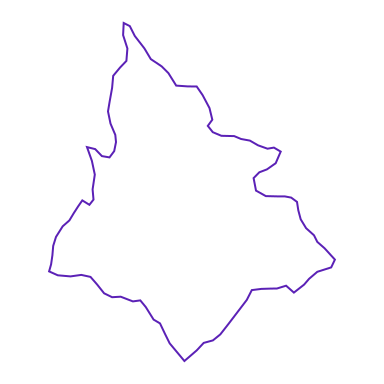 the district of Elisiário, São Paulo, Brazil
{"feature_id": "56859067B94900392245754", "entity_name": "Elisiário", "entity_type": "district", "adm_level": 2, "iso_a3": "BRA", "parent_name": "Brazil", "parent_adm1": "São Paulo", "projection": "robinson", "projection_center": [-49.092, -21.153], "detail": "fine", "context": "isolated", "style": "outline", "palette": "violet", "viewbox_px": 384, "rotation_deg": 0, "n_neighbors": 0, "source": "geoboundaries", "source_scale": "gbopen_adm2", "svg_char_len": 1348}
<svg xmlns="http://www.w3.org/2000/svg" viewBox="0 0 384 384"><path d="M280.7,151.6L273.9,147.6L267.5,148.7L258.0,145.3L249.9,140.6L241.1,139.0L234.2,136.1L221.4,135.8L212.8,132.2L207.8,125.9L212.3,119.7L209.5,108.1L202.6,95.1L196.7,86.5L187.7,86.4L176.2,85.6L168.4,73.1L161.7,66.4L150.8,59.1L144.4,48.4L134.8,36.0L129.8,26.1L123.7,23.0L123.1,35.1L127.4,48.5L126.4,60.9L120.0,67.6L113.2,75.8L112.1,87.9L109.5,102.4L108.0,111.4L110.5,123.6L115.3,134.9L116.0,142.1L114.2,151.1L109.5,157.4L101.9,156.1L95.2,149.1L87.0,147.1L91.9,160.9L94.8,174.6L92.6,189.4L93.5,199.6L89.4,204.8L82.3,200.4L78.2,206.3L73.8,213.1L69.4,220.4L62.7,226.3L56.0,236.9L53.2,245.9L52.4,255.3L51.1,264.3L49.1,271.4L57.8,275.3L70.5,276.4L81.3,274.9L90.5,276.9L97.2,284.6L104.1,293.3L112.1,297.2L120.7,296.7L132.9,301.4L140.3,300.4L145.8,307.1L153.6,319.6L160.0,323.4L165.1,334.1L169.7,343.4L176.9,352.0L184.4,361.0L196.7,350.4L203.7,342.9L212.9,340.4L220.3,334.4L228.5,323.9L246.8,299.9L251.8,290.1L261.4,288.9L270.6,288.6L277.0,288.5L286.1,285.7L293.9,292.6L304.1,284.6L309.1,278.8L317.3,271.8L331.2,267.4L334.9,259.6L324.5,248.2L317.3,241.9L314.0,235.3L306.1,228.2L300.7,219.3L298.3,210.3L297.0,201.9L291.2,197.6L284.8,196.4L278.1,196.4L265.8,196.1L256.0,190.6L253.6,178.1L259.3,172.3L266.9,169.4L275.7,163.2L280.7,151.6Z" fill="none" stroke="#5b21b6" stroke-width="2"/></svg>